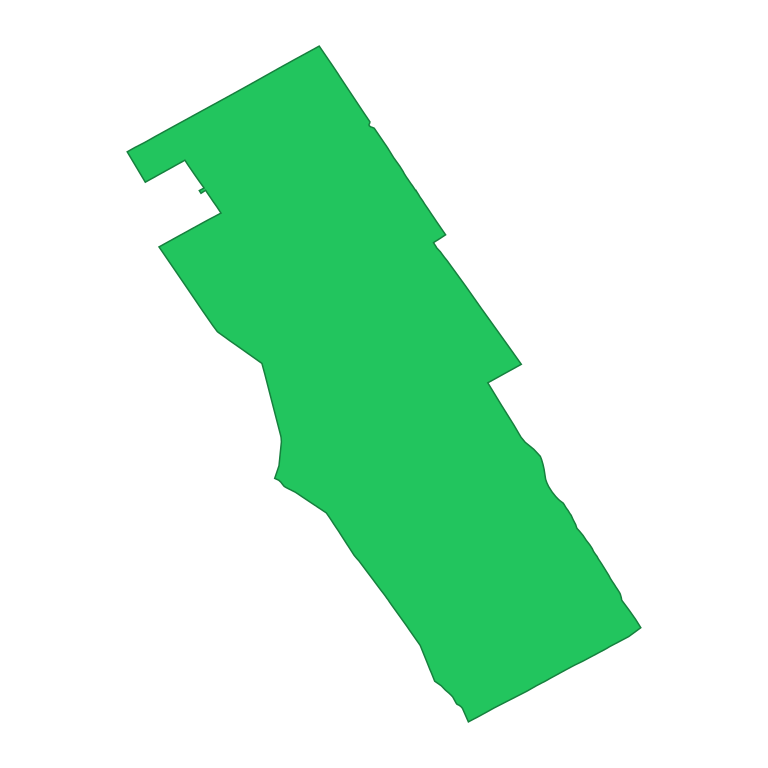 the district of Ulmeni, Buzau, Romania
{"feature_id": "2599482B81185008860025", "entity_name": "Ulmeni", "entity_type": "district", "adm_level": 2, "iso_a3": "ROU", "parent_name": "Romania", "parent_adm1": "Buzau", "projection": "albers", "projection_center": [26.636, 45.037], "detail": "fine", "context": "isolated", "style": "filled", "palette": "green", "viewbox_px": 768, "rotation_deg": 0, "n_neighbors": 0, "source": "geoboundaries", "source_scale": "gbopen_adm2", "svg_char_len": 3086}
<svg xmlns="http://www.w3.org/2000/svg" viewBox="0 0 768 768"><path d="M559.7,500.5L558.2,499.1L555.7,496.5L552.1,492.0L548.6,486.5L546.9,482.9L545.7,479.5L545.5,478.5L544.1,469.4L543.0,464.4L541.6,459.6L540.3,456.3L533.8,449.3L525.2,442.3L521.0,437.2L518.7,433.3L514.1,425.4L501.2,404.8L487.8,382.8L521.3,364.3L509.8,348.1L482.7,310.3L482.3,309.8L465.5,285.9L448.4,262.4L447.8,261.5L445.9,259.1L444.5,257.4L442.2,254.3L440.4,251.8L438.7,250.0L437.5,248.7L436.5,247.6L436.1,246.7L433.5,242.7L434.6,241.9L440.6,238.1L445.6,234.8L436.4,221.4L434.4,218.4L431.2,213.7L427.9,208.7L425.8,205.7L424.7,204.1L423.0,201.3L420.2,197.3L419.6,196.4L419.3,195.9L419.1,195.5L418.6,194.6L417.5,192.9L415.9,190.3L415.6,190.5L414.1,188.2L412.2,185.3L411.3,184.2L408.3,179.8L406.0,176.5L405.1,175.0L404.3,173.8L403.2,171.6L399.8,166.2L393.6,157.6L387.6,147.8L374.2,128.2L371.8,127.2L370.7,126.9L369.2,125.7L369.0,124.5L369.7,123.1L369.9,121.8L362.8,111.3L339.3,75.9L338.4,74.4L336.6,71.7L332.2,65.1L319.2,46.1L294.5,59.6L279.5,67.9L259.4,79.2L240.2,89.9L222.2,99.8L210.5,106.2L195.5,114.4L174.7,125.8L165.4,130.9L156.1,136.0L144.4,142.6L135.0,147.4L127.2,151.8L145.3,182.2L184.9,160.2L188.0,165.0L194.5,174.5L198.7,180.5L201.7,184.7L204.1,188.0L199.3,190.6L201.0,193.3L205.6,190.3L207.7,193.5L209.9,196.7L213.2,201.6L216.8,206.7L221.0,213.1L207.9,220.0L202.4,223.0L193.1,228.1L176.2,237.4L159.0,246.9L184.9,284.8L193.4,297.3L202.5,310.7L212.9,325.7L217.3,331.6L218.4,332.5L223.0,335.8L230.3,341.1L240.9,348.5L248.5,353.9L261.9,363.4L264.8,374.0L270.5,396.2L280.8,436.0L281.1,437.7L281.4,441.8L279.0,465.7L274.7,478.4L278.7,480.2L280.9,482.2L282.7,484.6L284.2,486.4L286.2,487.6L288.9,489.0L295.3,492.2L304.1,498.1L326.3,512.9L328.9,516.6L331.5,520.5L334.0,524.4L339.0,531.8L340.3,533.9L347.5,545.1L347.8,545.5L350.9,550.3L354.1,555.3L356.6,558.3L359.3,561.3L359.4,561.5L368.0,573.0L373.3,580.0L374.9,582.2L381.2,590.6L383.3,593.3L385.4,596.1L386.9,598.3L387.8,599.4L389.5,602.0L391.1,604.3L392.6,606.4L393.6,607.8L402.3,619.9L407.1,626.6L409.6,630.3L420.2,645.4L427.2,662.7L429.9,669.5L431.5,673.2L434.7,681.2L441.3,685.8L444.7,689.4L445.5,690.2L448.8,693.0L450.8,694.9L452.7,696.9L456.1,703.1L457.0,704.3L459.0,705.2L460.8,706.5L462.1,707.9L462.6,708.7L465.5,715.3L468.4,721.9L474.2,718.8L476.6,717.6L481.0,715.2L494.2,707.9L506.9,701.4L526.9,691.2L536.3,685.8L542.4,682.6L544.3,681.7L547.2,680.1L550.3,678.3L565.5,670.0L570.9,667.1L574.9,665.0L582.6,661.3L589.5,657.6L597.8,653.2L606.6,648.5L609.7,646.6L613.3,644.7L623.4,639.4L628.7,636.6L640.8,627.7L635.7,619.5L629.1,610.1L622.4,601.1L621.7,600.1L621.3,597.7L620.3,594.1L619.5,592.5L617.4,589.2L615.7,586.7L614.3,584.4L612.5,581.8L610.4,578.5L608.8,575.4L601.6,563.8L598.3,558.8L597.0,556.3L595.3,554.1L593.4,551.2L592.4,548.9L591.6,547.6L589.7,544.7L588.3,542.9L587.1,541.4L586.1,540.1L583.1,535.5L579.8,531.5L577.0,528.4L576.5,527.2L575.7,524.6L573.0,519.4L571.2,515.3L569.8,513.4L568.2,510.7L566.0,507.7L564.7,505.5L564.5,505.1L563.6,503.7L563.1,503.0L562.8,502.8L562.5,502.6L559.7,500.5Z" fill="#22c55e" stroke="#15803d" stroke-width="1.5"/></svg>